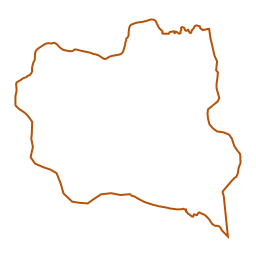 Thateng, Xékong, Laos (Natural Earth projection)
{"feature_id": "54806243B20325716676417", "entity_name": "Thateng", "entity_type": "district", "adm_level": 2, "iso_a3": "LAO", "parent_name": "Laos", "parent_adm1": "Xékong", "projection": "natural_earth1", "projection_center": [106.496, 15.416], "detail": "fine", "context": "isolated", "style": "outline", "palette": "amber", "viewbox_px": 256, "rotation_deg": 0, "n_neighbors": 0, "source": "geoboundaries", "source_scale": "gbopen_adm2", "svg_char_len": 5491}
<svg xmlns="http://www.w3.org/2000/svg" viewBox="0 0 256 256"><path d="M209.1,28.9L206.9,29.1L205.2,29.6L204.1,29.8L203.9,29.9L203.5,30.1L203.3,30.1L203.0,30.1L202.8,30.1L202.5,29.8L202.1,29.5L201.7,29.1L200.7,28.6L200.2,28.2L200.1,27.9L200.1,27.2L199.9,26.6L199.8,26.3L199.5,26.3L198.5,26.0L197.0,25.5L196.7,25.4L196.3,25.4L195.9,25.6L195.4,25.8L195.2,25.9L195.0,26.0L194.8,26.1L194.6,26.3L194.5,26.5L194.3,26.9L194.1,27.5L193.9,27.8L193.8,28.1L193.3,28.8L193.0,29.0L192.6,29.5L192.3,29.7L192.0,30.1L191.8,30.4L191.7,30.7L191.6,30.9L191.6,31.2L191.5,31.6L191.4,32.0L191.3,32.3L191.2,32.5L190.8,32.9L190.7,33.0L190.4,33.0L190.1,32.9L189.9,32.8L189.7,32.6L189.5,32.3L189.2,31.9L188.7,30.8L188.3,30.0L188.2,29.8L188.1,29.7L187.9,29.7L187.6,29.9L187.1,30.5L186.9,30.7L186.2,30.8L185.8,30.7L185.5,30.6L185.3,30.4L185.2,30.2L185.0,29.9L184.9,29.7L184.8,29.4L184.7,29.1L184.5,28.6L184.4,28.3L184.1,28.0L183.8,27.7L183.5,27.5L183.2,27.4L182.7,27.2L182.2,27.1L181.8,27.1L181.5,27.3L181.3,27.5L181.2,27.6L181.1,27.9L181.0,28.2L181.1,28.5L181.2,28.9L181.3,29.5L181.4,29.9L181.3,30.1L181.2,30.3L180.9,30.6L180.7,31.0L180.6,31.3L180.5,31.6L180.6,32.4L180.6,32.8L180.6,33.0L180.2,33.3L179.8,33.5L179.5,33.6L179.1,33.6L178.8,33.5L178.4,33.2L177.9,33.0L177.6,32.7L177.1,32.3L176.8,32.0L176.5,31.9L176.3,31.8L175.9,31.7L175.5,31.6L175.3,31.6L175.2,31.7L175.1,31.8L175.1,32.6L175.0,32.8L174.9,33.0L174.7,33.1L174.4,32.8L174.2,32.6L174.1,31.9L174.0,31.5L173.9,31.3L173.6,31.2L173.4,31.3L173.2,31.4L173.0,31.5L172.1,31.6L171.1,31.8L170.4,31.8L170.0,32.0L169.7,32.1L169.5,32.4L169.4,32.6L169.2,33.0L169.0,33.3L168.8,33.6L168.5,33.8L168.2,33.9L167.8,33.9L167.5,33.8L167.0,33.7L166.7,33.6L166.2,33.6L165.7,33.7L165.0,33.8L164.4,33.8L164.0,33.6L163.7,33.6L162.8,33.5L162.6,33.5L162.4,33.4L162.2,33.1L162.4,32.4L162.5,32.0L162.5,31.6L162.4,31.4L162.3,31.1L162.1,30.8L161.7,30.4L161.4,30.2L161.1,30.1L160.9,30.0L160.8,29.8L160.7,29.6L160.6,29.4L160.3,29.1L160.1,28.9L159.6,28.6L159.4,28.4L159.1,28.0L159.0,27.7L158.8,27.4L158.5,26.8L158.1,26.0L157.6,25.1L157.4,24.7L156.9,24.0L156.7,23.5L156.6,23.2L156.5,22.7L156.3,22.2L156.1,21.8L155.8,21.3L155.7,21.1L155.4,20.8L155.1,20.6L154.8,20.3L154.3,20.1L153.8,19.9L153.3,19.6L152.8,19.5L152.7,19.5L150.8,19.5L149.1,20.0L147.2,20.7L142.8,21.8L137.7,22.5L135.3,23.1L131.4,24.6L130.4,25.3L129.6,26.7L129.5,27.2L129.3,27.8L129.1,28.5L129.0,29.2L128.9,30.1L128.8,30.9L128.7,32.1L128.6,32.6L128.6,33.2L128.6,34.0L128.6,35.0L128.5,35.4L128.5,35.8L128.3,36.2L127.8,37.1L127.5,37.5L127.2,37.8L126.5,38.4L126.4,38.6L126.3,38.8L126.2,39.0L126.2,40.1L126.2,40.3L126.1,40.6L125.9,41.0L125.6,41.6L125.0,45.1L123.3,51.1L122.3,52.9L121.2,53.8L119.0,54.7L115.9,55.2L112.0,55.9L109.3,56.8L106.6,58.5L105.1,59.0L104.1,58.9L101.5,57.3L98.3,55.2L94.9,54.2L92.7,53.8L91.4,53.0L88.2,52.3L85.5,51.7L81.1,50.8L77.2,49.7L75.3,49.4L74.4,49.7L72.6,51.0L70.9,51.2L68.6,51.1L65.6,50.4L62.8,49.7L60.9,48.3L59.4,47.0L57.2,44.6L55.4,43.3L54.1,42.8L52.6,43.1L51.4,43.5L50.3,43.4L48.3,43.2L46.9,43.4L45.0,44.1L42.6,45.6L38.4,48.3L36.3,50.3L35.4,51.9L35.0,54.1L34.8,59.1L34.5,60.4L33.4,62.4L32.7,64.9L32.0,68.1L32.1,71.5L31.4,73.0L31.2,73.2L31.0,73.6L30.7,73.9L30.6,74.2L30.3,74.4L30.2,74.7L29.9,74.9L29.6,75.1L29.1,75.3L28.6,75.5L28.2,75.6L27.8,75.8L27.6,75.9L27.3,76.3L26.9,76.7L26.7,76.9L26.3,77.1L26.0,77.3L25.5,77.4L25.0,77.6L24.5,77.7L24.2,77.8L23.7,78.0L23.4,78.2L22.4,78.7L21.8,79.1L21.3,79.5L20.9,79.8L20.5,80.2L17.3,81.9L16.3,83.2L16.1,84.4L16.3,86.2L16.6,89.7L16.5,91.3L16.1,93.2L15.5,95.7L15.4,98.7L15.4,101.5L15.4,104.5L15.8,105.8L17.6,107.6L19.8,109.6L21.5,110.5L23.9,112.2L25.6,113.5L27.8,115.8L29.0,117.4L30.3,119.1L32.2,122.0L31.8,133.6L31.3,138.8L32.9,146.9L30.6,157.3L35.2,163.7L43.3,167.2L50.4,169.6L56.5,173.1L60.5,183.0L63.5,193.4L72.1,201.6L79.2,202.8L87.8,203.4L92.4,200.0L101.1,194.3L111.2,193.2L120.4,195.0L130.0,194.2L131.2,195.4L133.0,196.2L134.4,196.4L137.8,198.5L141.6,200.5L144.3,201.9L149.0,203.5L152.7,204.7L152.9,204.7L156.1,205.5L158.5,206.2L161.9,206.8L164.4,207.2L167.5,207.8L170.1,208.5L172.8,208.8L176.8,209.4L180.9,209.3L183.5,208.8L183.7,209.0L184.0,209.1L184.4,209.2L184.6,209.3L184.8,209.6L185.0,209.7L185.3,209.7L185.5,209.6L185.9,209.4L186.1,209.4L186.2,209.7L186.1,210.1L186.1,210.4L186.0,210.7L186.0,211.1L186.0,211.4L186.0,211.6L186.4,211.9L186.7,212.0L187.0,212.1L187.1,212.3L187.3,212.6L187.7,213.3L187.9,213.6L188.1,213.8L188.4,214.0L188.7,214.1L189.1,214.2L189.3,214.4L189.6,214.6L189.9,214.9L190.2,215.2L190.6,215.4L191.0,215.6L191.2,215.9L191.5,216.2L191.7,216.4L192.0,216.5L192.4,216.6L192.8,216.6L193.3,216.5L193.3,216.3L193.3,215.8L193.4,215.5L193.6,215.1L193.9,214.8L194.0,214.4L194.3,214.4L194.8,214.4L195.6,214.8L196.5,215.2L197.0,215.0L197.6,214.2L198.1,213.3L198.5,212.8L199.2,212.4L199.6,212.6L201.4,213.5L203.8,214.4L205.8,215.8L207.7,217.7L209.5,219.8L211.4,222.9L212.0,223.8L214.3,225.4L215.6,225.9L218.0,225.9L219.0,226.3L220.5,227.7L222.0,230.5L223.9,232.5L227.6,236.2L227.9,236.5L223.8,196.6L223.2,194.3L222.6,192.3L222.7,191.7L222.9,191.2L232.1,180.4L233.8,178.7L234.8,177.7L236.4,176.8L238.0,172.8L238.2,170.4L238.6,168.1L239.6,165.2L240.3,163.7L240.6,161.8L240.3,159.4L240.4,157.0L240.0,153.9L237.2,150.4L234.2,145.8L231.9,138.8L229.2,134.7L223.6,132.4L217.0,131.4L212.7,128.2L209.4,124.2L208.0,118.4L207.5,113.7L208.0,109.4L211.4,106.6L217.7,101.4L219.3,98.0L218.0,93.6L216.5,87.8L216.6,83.5L217.4,78.0L217.9,72.3L216.1,70.2L217.1,61.4L214.6,56.0L211.3,41.7L210.6,38.9L209.1,28.9Z" fill="none" stroke="#b45309" stroke-width="2"/></svg>